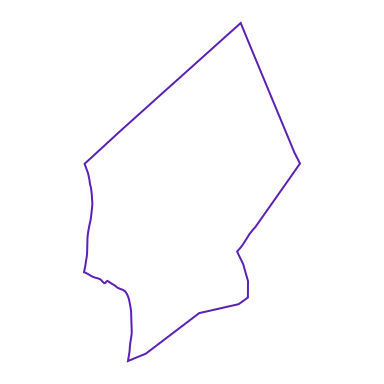 the district of Osaylan, Shabwah, Yemen
{"feature_id": "15242507B14507855055596", "entity_name": "Osaylan", "entity_type": "district", "adm_level": 2, "iso_a3": "YEM", "parent_name": "Yemen", "parent_adm1": "Shabwah", "projection": "equal_earth", "projection_center": [45.859, 15.121], "detail": "fine", "context": "isolated", "style": "outline", "palette": "violet", "viewbox_px": 384, "rotation_deg": 0, "n_neighbors": 0, "source": "geoboundaries", "source_scale": "gbopen_adm2", "svg_char_len": 1273}
<svg xmlns="http://www.w3.org/2000/svg" viewBox="0 0 384 384"><path d="M300.0,163.5L294.6,153.0L250.2,46.1L240.7,23.0L183.4,74.4L162.7,92.9L132.0,120.5L120.3,131.0L84.6,163.8L85.5,166.3L88.0,173.1L88.8,176.7L88.9,177.3L89.5,180.2L90.0,184.1L90.9,187.4L91.4,191.0L91.8,194.8L92.0,198.4L92.3,201.8L92.3,205.5L91.9,209.0L91.5,212.9L91.1,216.3L90.6,219.9L89.8,223.5L89.0,227.3L88.4,230.7L87.9,234.0L87.5,237.6L87.4,241.3L87.3,245.0L87.2,249.1L87.1,253.0L86.8,256.5L86.1,260.4L85.6,264.0L85.0,267.5L84.2,271.1L84.0,272.2L84.9,272.5L87.6,273.8L90.2,275.4L92.6,276.7L95.2,277.7L97.8,278.3L100.4,279.4L102.5,281.6L104.1,283.1L105.5,282.8L106.3,281.6L107.5,280.9L112.6,284.2L115.0,285.6L117.3,287.6L120.0,288.8L122.7,289.8L125.1,291.3L126.9,293.9L128.3,297.1L129.2,300.4L129.9,304.0L130.6,307.9L131.1,311.5L131.2,315.2L131.3,318.6L131.4,322.2L131.5,324.0L131.5,325.9L131.7,329.7L131.7,333.2L131.3,336.7L130.7,340.3L130.2,343.8L129.8,347.4L129.6,350.9L129.1,354.3L128.5,357.8L128.0,361.0L145.9,353.6L199.2,313.1L228.8,306.4L238.6,304.2L247.9,297.5L248.0,281.1L243.1,263.9L237.1,251.6L238.3,250.2L240.5,247.7L242.4,245.2L244.2,242.5L245.9,239.8L247.6,237.1L249.3,234.3L251.3,231.8L253.2,229.4L255.3,227.1L290.0,177.8L300.0,163.5Z" fill="none" stroke="#5b21b6" stroke-width="2"/></svg>